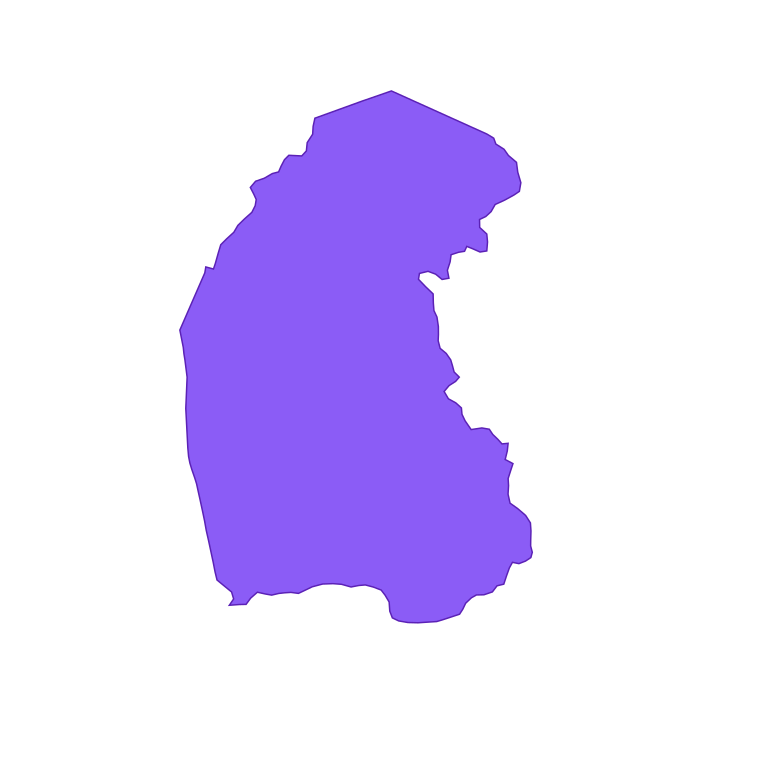 the district of Gavião, Bahia, Brazil, rotated 119°
{"feature_id": "56859067B94614282222955", "entity_name": "Gavião", "entity_type": "district", "adm_level": 2, "iso_a3": "BRA", "parent_name": "Brazil", "parent_adm1": "Bahia", "projection": "robinson", "projection_center": [-39.754, -11.493], "detail": "fine", "context": "isolated", "style": "filled", "palette": "violet", "viewbox_px": 768, "rotation_deg": 119, "n_neighbors": 0, "source": "geoboundaries", "source_scale": "gbopen_adm2", "svg_char_len": 2307}
<svg xmlns="http://www.w3.org/2000/svg" viewBox="0 0 768 768"><g transform="rotate(119 384 384)"><path d="M373.7,594.6L435.8,588.7L449.3,577.3L454.6,573.6L459.3,569.9L473.5,559.5L501.5,545.5L535.0,524.6L542.1,519.8L547.2,515.5L551.6,511.0L557.9,504.0L562.1,499.6L568.6,493.9L573.9,489.2L582.8,481.4L590.8,474.5L598.2,468.5L606.5,461.1L622.8,446.9L630.2,440.7L636.4,435.0L639.8,416.5L644.9,411.3L652.5,412.0L647.0,403.6L643.6,397.8L635.9,396.8L627.5,393.8L625.2,386.0L623.1,379.9L618.2,374.5L614.8,369.7L611.4,364.4L608.6,357.3L603.3,353.5L596.2,348.5L588.7,340.7L583.4,331.9L579.8,324.1L577.5,314.4L572.4,308.3L568.8,302.9L566.8,295.0L565.6,286.6L568.2,280.6L572.2,273.8L579.9,268.8L584.5,263.3L584.1,256.3L581.0,247.4L576.3,238.4L571.0,230.2L566.2,222.7L562.1,218.7L556.3,213.3L548.7,206.3L542.8,205.9L536.2,206.3L528.6,203.9L523.7,200.9L519.9,194.4L513.3,188.4L505.7,187.3L501.0,182.2L492.0,183.9L484.0,185.2L477.7,185.2L475.7,178.9L470.3,174.4L464.6,171.4L459.3,172.7L454.6,177.2L449.6,179.9L441.3,184.2L434.5,188.6L430.3,196.4L428.2,206.5L427.1,216.0L420.2,222.1L412.5,225.8L406.5,229.6L398.5,231.2L391.1,232.6L391.3,241.4L382.8,243.7L375.7,246.7L379.2,251.8L377.2,257.6L375.4,264.4L372.5,270.0L375.0,277.1L381.6,285.7L376.9,295.2L372.7,301.1L367.4,304.7L365.7,312.0L365.7,320.5L361.4,327.8L353.8,326.3L346.9,322.6L341.5,321.5L339.5,328.5L334.8,333.0L330.6,337.3L327.1,344.4L325.6,352.2L319.9,357.6L314.3,360.4L307.4,364.3L299.8,370.1L295.6,375.9L289.1,380.2L281.4,384.7L278.7,394.9L275.7,404.6L270.1,406.6L264.1,400.1L262.9,392.1L264.4,383.9L260.0,378.5L253.8,383.7L245.1,385.4L238.4,388.0L232.6,382.6L228.9,377.9L223.5,378.3L222.7,371.8L222.0,364.0L217.8,358.6L209.6,362.3L203.0,366.8L200.7,376.2L193.8,380.2L188.2,376.2L181.3,373.9L173.1,373.8L164.5,367.5L155.6,361.9L149.9,359.0L141.6,361.9L133.9,369.7L125.9,375.6L123.8,386.0L120.5,392.8L119.9,402.5L115.8,407.2L115.5,415.1L124.1,519.6L147.3,540.4L185.0,573.3L193.0,570.9L200.1,567.5L210.1,568.2L217.8,564.9L224.4,566.5L230.1,578.1L236.0,579.8L243.4,579.6L249.6,579.0L254.1,583.7L262.1,588.5L268.9,594.6L276.9,596.2L281.1,589.9L284.6,585.2L290.5,583.1L297.9,582.8L307.4,586.1L316.1,588.7L324.1,588.9L333.0,591.9L341.3,594.3L349.6,592.5L360.6,589.9L366.1,588.9L368.0,596.6L373.7,594.6Z" fill="#8b5cf6" stroke="#5b21b6" stroke-width="1.5"/></g></svg>